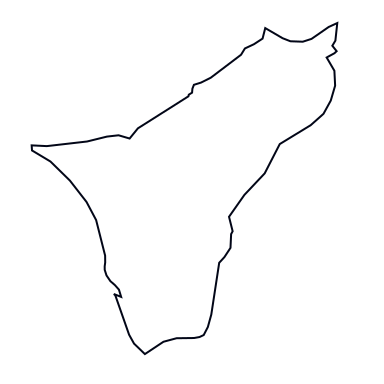 Western, Natural Earth projection, rotated 86°
{"feature_id": "SLE-761", "entity_name": "Western", "entity_type": "Province", "adm_level": 1, "iso_a3": "SLE", "parent_name": "Sierra Leone", "parent_adm1": "", "projection": "natural_earth1", "projection_center": [-13.113, 8.336], "detail": "fine", "context": "isolated", "style": "outline", "palette": "ink", "viewbox_px": 384, "rotation_deg": 86, "n_neighbors": 0, "source": "natural_earth", "source_scale": "10m", "svg_char_len": 988}
<svg xmlns="http://www.w3.org/2000/svg" viewBox="0 0 384 384"><g transform="rotate(86 192 192)"><path d="M288.3,277.1L291.7,270.0L284.3,271.7L279.5,275.4L275.3,279.6L269.3,283.1L263.6,284.5L260.1,284.3L256.2,283.5L249.4,283.1L213.3,289.6L194.6,297.9L172.1,313.0L151.7,331.1L139.4,348.7L134.3,348.7L136.1,333.6L134.3,293.1L130.8,273.0L130.3,261.3L134.3,250.5L124.7,241.5L96.3,188.9L94.7,188.4L92.9,185.0L89.0,184.4L85.2,182.6L83.5,175.4L79.3,165.3L58.5,133.5L52.5,129.2L48.9,119.9L43.9,110.9L33.6,107.5L44.9,90.9L48.5,83.3L49.8,71.0L47.6,62.1L36.9,44.1L33.6,35.3L51.0,38.4L55.9,41.8L61.6,37.9L63.5,40.2L67.2,48.3L81.0,41.5L95.9,41.8L110.5,47.2L123.2,55.4L133.6,68.9L150.3,101.1L178.5,118.2L198.5,139.9L219.3,156.8L234.0,154.2L236.7,155.9L250.4,157.5L259.2,164.2L264.5,169.8L315.6,181.3L327.8,185.6L335.5,190.3L337.2,194.6L337.8,200.1L336.8,217.6L339.4,230.9L350.4,250.3L339.2,260.4L330.0,264.7L289.8,275.7L288.5,276.9L288.3,277.1Z" fill="none" stroke="#020617" stroke-width="2"/></g></svg>